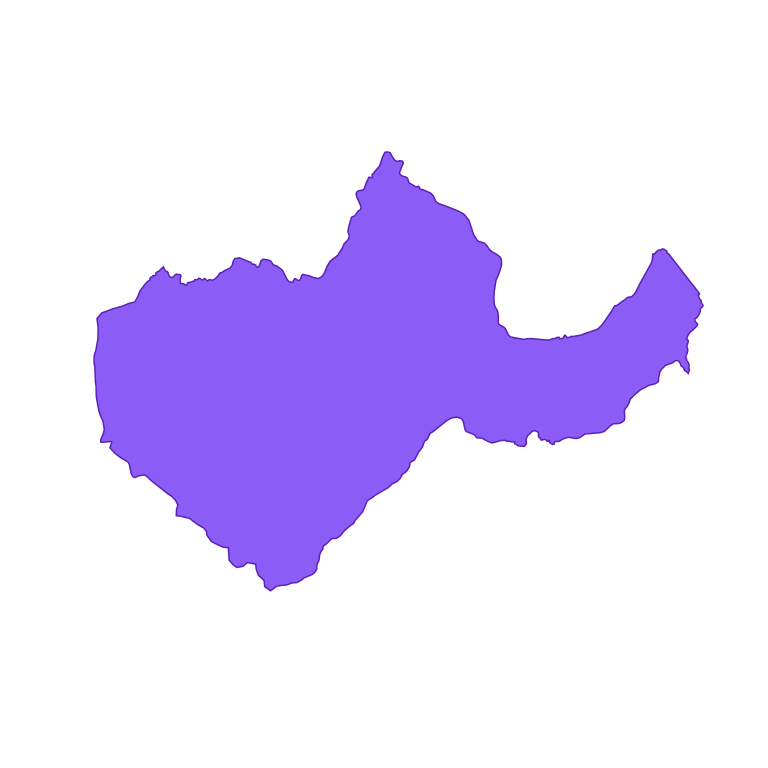 Ta Oi, Saravan, Laos, rotated 13°
{"feature_id": "54806243B63439547813391", "entity_name": "Ta Oi", "entity_type": "district", "adm_level": 2, "iso_a3": "LAO", "parent_name": "Laos", "parent_adm1": "Saravan", "projection": "natural_earth1", "projection_center": [106.796, 16.077], "detail": "fine", "context": "isolated", "style": "filled", "palette": "violet", "viewbox_px": 768, "rotation_deg": 13, "n_neighbors": 0, "source": "geoboundaries", "source_scale": "gbopen_adm2", "svg_char_len": 6162}
<svg xmlns="http://www.w3.org/2000/svg" viewBox="0 0 768 768"><g transform="rotate(13 384 384)"><path d="M678.0,305.3L678.4,301.7L677.8,301.0L677.9,300.5L677.1,298.3L677.1,296.9L676.1,295.1L674.0,293.3L672.9,291.2L672.3,290.8L671.9,288.1L672.5,285.7L672.5,283.7L672.2,281.9L671.0,280.1L670.7,279.0L670.9,273.7L670.3,272.8L669.1,272.4L668.8,271.6L669.3,268.0L670.4,265.0L673.6,260.7L676.2,256.2L675.9,254.9L673.0,252.9L672.2,251.2L672.5,250.3L674.3,248.5L674.7,246.8L675.4,245.3L675.8,242.4L675.4,239.4L677.2,236.6L677.1,235.5L675.1,233.6L674.0,231.2L672.1,229.8L670.5,227.2L670.2,226.2L670.5,225.8L671.1,225.7L671.1,225.0L632.1,193.2L630.9,193.0L629.4,190.7L627.1,190.1L626.6,189.7L624.8,189.7L624.0,190.9L621.8,191.5L620.0,193.3L619.2,194.5L619.0,195.4L618.0,196.8L616.7,196.7L617.5,202.9L617.2,206.3L611.0,227.7L608.7,237.3L607.6,240.3L605.6,243.2L601.7,244.9L599.5,248.0L596.7,250.8L595.2,252.9L592.7,255.4L591.2,255.9L589.2,262.2L584.4,274.5L583.0,277.5L580.3,281.9L578.6,283.4L567.8,290.0L565.5,291.8L556.9,295.4L555.8,295.4L554.9,296.3L552.2,297.7L549.9,295.8L549.1,295.7L548.9,296.8L548.4,297.4L548.4,299.0L547.5,299.5L545.0,300.3L544.1,299.1L542.2,299.6L540.2,301.4L538.3,301.7L534.8,304.2L516.9,306.7L512.5,307.9L510.8,308.9L508.7,309.2L496.6,309.7L494.3,308.3L489.8,302.9L488.3,301.7L482.4,300.1L481.7,298.8L480.0,291.8L478.8,288.5L477.1,286.0L475.5,284.6L473.6,281.8L472.0,276.9L470.6,269.3L469.8,257.8L471.3,249.5L471.8,241.6L470.6,236.9L468.8,234.3L465.1,232.5L459.5,230.8L456.2,229.0L452.7,225.7L450.5,224.3L444.0,223.7L442.3,222.8L437.7,218.3L430.0,205.5L424.6,201.1L423.0,200.3L416.9,198.7L405.0,196.8L397.0,196.0L393.4,194.4L389.9,189.8L386.6,187.5L377.6,185.8L376.1,186.2L375.1,185.8L374.2,184.3L373.3,183.5L371.8,184.4L370.4,184.6L369.0,184.3L363.1,182.2L360.7,178.3L359.2,177.5L355.7,177.3L353.8,176.9L352.0,175.6L351.6,174.0L353.1,164.4L352.5,163.4L351.7,162.7L348.8,163.0L346.7,164.3L345.1,163.8L343.6,163.1L340.7,160.4L338.3,157.5L337.0,157.0L334.4,157.3L332.9,157.9L332.5,158.8L331.5,163.7L330.7,172.6L327.3,178.7L326.5,181.1L325.2,182.5L326.3,185.1L325.8,185.9L324.1,185.6L322.8,185.9L321.5,191.7L320.7,199.0L318.8,200.2L316.2,201.2L314.5,202.7L314.0,205.1L315.8,208.4L321.3,215.7L322.1,217.6L321.6,219.5L319.8,221.5L317.6,226.8L315.3,228.3L314.7,229.5L314.3,239.4L314.6,243.8L315.5,245.4L316.8,246.9L316.9,249.3L316.5,251.4L313.5,256.7L313.0,260.3L310.0,269.0L303.9,276.4L302.1,282.0L300.8,290.1L298.9,293.7L296.1,296.1L290.1,296.0L287.4,295.4L280.1,295.5L279.3,296.8L279.1,300.2L278.7,301.6L277.1,302.6L274.2,301.3L273.3,301.5L272.1,305.3L270.7,305.7L268.5,305.6L266.2,304.1L259.5,296.1L253.7,293.3L250.2,292.9L248.9,292.3L245.8,289.6L244.3,289.3L239.5,289.4L238.0,289.8L236.4,291.5L236.0,296.6L235.4,297.9L234.7,298.6L233.4,298.3L231.9,296.9L230.7,296.5L228.9,296.9L227.8,296.4L227.2,295.5L214.7,293.6L210.4,295.4L209.6,297.3L209.3,302.7L207.9,305.7L203.7,308.8L201.0,311.8L199.6,312.4L198.6,313.9L198.2,315.5L195.9,319.4L194.9,320.5L193.3,321.5L190.7,321.4L189.9,321.9L188.7,323.4L185.7,321.5L183.6,323.5L183.0,323.6L181.6,322.7L179.8,322.6L178.4,324.6L176.2,324.9L175.9,326.5L174.6,326.9L172.5,328.5L170.2,329.2L169.9,329.7L169.7,331.2L169.2,332.2L168.8,332.3L165.7,331.3L163.2,331.9L162.2,329.6L161.8,327.2L161.8,324.1L161.1,323.5L160.0,323.2L158.9,323.7L156.9,323.6L156.0,324.5L154.3,327.4L153.1,328.0L151.8,327.9L150.1,327.0L148.5,323.9L147.3,323.2L145.9,323.2L142.5,319.4L141.3,321.6L140.3,322.7L139.9,324.3L138.0,325.6L136.9,326.7L136.9,329.4L134.3,330.7L133.6,332.1L132.6,332.5L132.2,333.6L132.5,335.6L130.7,337.1L129.1,339.7L125.3,348.3L124.3,354.8L122.7,360.2L116.9,363.1L112.2,366.6L102.8,371.8L92.9,378.3L89.6,384.8L92.8,393.4L95.1,404.5L95.7,416.3L95.2,421.3L96.5,427.8L98.6,433.1L102.4,447.1L103.9,450.7L106.5,461.0L112.0,473.9L114.5,478.2L118.5,483.4L121.7,491.1L121.7,495.4L120.5,501.9L120.7,503.5L121.3,504.4L122.9,504.1L130.7,501.5L131.6,501.6L131.8,502.4L131.3,507.8L137.5,512.1L144.3,515.2L150.3,516.9L152.2,517.7L153.9,519.6L157.6,527.7L158.4,528.9L160.4,530.9L162.5,531.1L165.8,528.6L169.9,526.9L171.6,526.6L174.0,527.6L179.7,530.9L199.1,540.1L201.7,540.8L206.9,544.0L210.3,548.2L210.1,553.6L211.3,559.1L215.0,558.6L224.8,558.7L233.6,562.7L241.0,565.0L244.2,567.7L245.7,571.4L251.1,576.2L257.4,577.9L264.1,579.2L269.1,578.5L272.7,590.4L277.7,594.1L281.8,595.9L287.5,593.4L291.1,588.7L299.5,588.4L301.3,593.5L304.8,598.7L311.4,602.5L313.4,608.3L320.0,611.0L324.8,605.3L329.3,603.3L334.4,601.7L338.9,598.6L344.0,597.0L348.3,593.0L349.5,591.1L356.7,585.9L358.4,584.0L359.6,581.6L360.1,579.4L359.4,576.4L359.5,573.6L360.2,571.3L360.2,568.9L359.7,565.4L360.1,562.1L361.5,558.6L361.2,556.7L361.6,555.2L363.4,553.3L367.9,546.4L372.5,545.0L375.6,541.6L378.6,535.5L383.4,529.1L385.8,526.7L386.5,523.7L392.0,513.2L393.9,501.7L399.0,496.2L400.1,494.7L411.5,483.9L414.3,479.7L419.0,475.7L420.9,472.4L422.7,466.9L424.4,465.7L425.9,463.3L427.3,459.2L427.4,457.6L427.0,455.3L427.3,454.4L430.8,451.2L433.1,442.5L435.7,436.7L436.0,432.7L436.7,430.0L438.2,428.9L439.1,426.4L439.8,422.1L442.8,419.0L453.4,405.5L457.8,401.7L462.6,399.9L467.3,400.3L469.4,402.2L473.3,410.3L474.9,411.8L483.5,413.1L486.6,415.6L491.4,414.7L498.0,416.5L502.4,417.2L510.7,412.8L514.0,411.7L515.9,412.1L518.6,411.6L520.5,411.7L524.5,411.2L524.8,412.9L525.8,412.8L527.9,413.9L529.9,414.0L534.9,413.1L536.2,409.9L534.8,405.8L535.5,402.2L539.3,396.5L541.0,395.7L543.0,395.7L545.3,396.3L546.5,400.8L548.3,401.6L549.7,403.3L553.1,401.8L554.6,402.0L555.5,403.0L556.5,403.1L557.4,401.7L558.0,402.0L558.2,402.4L558.1,403.0L558.7,403.8L560.4,404.7L561.0,404.6L562.1,405.0L563.3,404.3L563.2,402.2L563.8,401.6L567.6,400.5L570.5,397.5L573.4,395.6L575.9,394.4L582.6,394.0L584.5,393.5L586.6,392.4L591.1,387.5L605.9,382.7L609.3,380.7L614.7,372.8L616.6,371.1L621.1,369.9L623.2,368.8L625.3,366.8L626.3,365.4L626.2,362.9L624.3,356.3L624.6,354.0L625.7,351.9L627.1,347.1L627.3,343.6L630.0,338.9L634.8,332.4L641.9,326.1L648.7,322.4L650.9,319.8L650.2,316.7L650.1,310.4L651.0,307.5L654.0,302.6L660.3,298.5L662.4,296.0L664.3,295.2L665.7,295.3L667.5,296.7L669.6,299.7L671.9,300.5L673.8,303.2L676.5,304.1L678.0,305.3Z" fill="#8b5cf6" stroke="#5b21b6" stroke-width="1.5"/></g></svg>